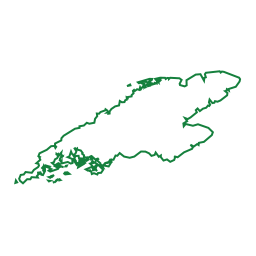 the district of Small Malaita, Malaita, Solomon Islands, rotated 275°
{"feature_id": "97153195B48441070638838", "entity_name": "Small Malaita", "entity_type": "district", "adm_level": 2, "iso_a3": "SLB", "parent_name": "Solomon Islands", "parent_adm1": "Malaita", "projection": "orthographic", "projection_center": [161.435, -9.524], "detail": "fine", "context": "isolated", "style": "outline", "palette": "green", "viewbox_px": 256, "rotation_deg": 275, "n_neighbors": 0, "source": "geoboundaries", "source_scale": "gbopen_adm2", "svg_char_len": 5600}
<svg xmlns="http://www.w3.org/2000/svg" viewBox="0 0 256 256"><g transform="rotate(275 128 128)"><path d="M192.5,214.4L189.8,200.8L188.3,199.9L185.3,201.1L184.7,199.7L181.8,199.6L187.9,195.5L187.1,190.8L180.7,182.1L175.6,182.7L174.4,180.8L175.3,176.1L176.6,175.6L180.6,177.2L182.0,174.9L181.7,165.7L180.4,164.5L181.3,164.4L181.3,162.7L180.1,161.3L181.2,160.6L180.9,155.7L179.3,150.8L178.4,151.5L178.2,154.7L178.6,154.6L179.0,155.0L179.0,155.3L178.4,154.8L178.2,156.1L177.2,155.3L177.4,153.8L176.1,154.3L177.2,152.7L174.8,152.8L175.5,149.8L174.5,151.2L173.2,147.9L175.5,148.3L173.3,147.6L172.7,146.3L174.1,147.1L175.0,146.3L173.1,145.2L172.0,146.0L171.4,144.3L173.6,143.4L171.3,141.5L170.3,141.3L170.6,141.6L170.6,142.1L169.7,142.9L170.6,141.7L170.0,141.3L170.0,139.4L170.9,139.3L167.8,137.5L169.6,136.5L166.9,136.0L167.4,133.7L165.5,131.6L166.5,130.7L165.4,129.7L163.0,130.5L161.2,128.8L159.8,128.8L158.8,125.0L158.0,125.1L158.5,124.0L156.2,124.4L155.4,122.8L153.5,122.2L153.1,119.7L154.2,117.5L149.7,117.1L148.4,113.3L145.5,109.8L142.8,108.2L140.8,108.4L140.5,107.2L141.8,107.3L141.5,105.7L142.4,106.6L143.5,106.0L144.7,104.0L143.6,103.8L141.5,99.2L139.7,97.9L139.7,95.7L137.1,96.3L134.3,94.4L130.3,94.0L128.9,89.1L129.6,86.5L126.6,83.8L125.5,79.5L123.9,79.7L122.7,75.3L114.7,64.6L112.0,62.6L109.8,62.6L106.2,56.7L104.3,56.8L103.0,58.1L101.8,57.4L103.7,56.4L103.2,53.0L99.2,49.0L95.1,42.1L92.1,41.2L91.4,42.8L90.7,42.3L88.7,43.4L84.9,39.8L84.5,41.9L82.8,42.6L81.2,41.8L78.1,37.9L75.0,36.1L75.2,29.8L72.6,28.2L71.9,25.2L68.0,24.0L66.0,25.0L63.8,28.2L68.2,32.0L68.4,35.2L70.6,36.2L70.8,42.5L72.3,41.5L73.8,42.7L75.7,42.3L76.1,44.1L74.6,43.9L75.1,45.5L73.9,45.8L73.7,47.4L77.0,48.7L76.8,47.5L77.9,49.0L79.4,48.9L78.9,47.6L81.3,48.6L80.9,47.8L82.1,47.3L79.8,47.0L80.7,45.9L82.4,47.1L82.7,48.8L83.6,48.9L82.8,52.9L81.8,51.4L81.2,53.8L80.0,53.5L80.6,54.3L80.4,55.0L78.6,52.7L77.8,54.3L81.2,61.9L82.7,62.4L83.8,64.7L83.3,67.2L84.5,63.4L82.3,61.5L83.0,61.6L82.6,60.8L83.5,58.8L85.4,63.2L86.2,63.1L86.9,61.7L84.5,58.4L86.6,55.3L87.4,57.1L90.4,58.0L91.7,60.0L94.2,61.2L94.3,60.4L94.9,60.3L95.5,59.0L96.1,59.0L95.3,60.3L96.1,60.8L95.0,61.7L97.7,63.7L96.1,63.5L94.2,65.5L91.9,63.0L90.0,62.8L89.7,63.9L88.0,63.9L89.5,64.7L86.9,64.9L88.9,71.0L87.6,74.0L88.2,75.7L92.3,75.2L93.7,70.5L94.6,72.1L99.6,73.3L97.3,74.5L96.4,76.3L97.9,77.9L100.3,78.6L102.9,76.6L103.2,77.0L102.1,77.8L103.2,79.1L102.0,79.4L101.5,82.9L99.2,85.0L98.3,84.6L97.0,86.6L95.1,86.6L95.0,90.9L96.9,93.9L96.4,94.9L95.2,94.4L95.3,96.3L93.8,98.1L94.9,100.6L94.4,101.1L93.1,99.9L90.4,103.6L89.0,103.5L88.5,106.5L91.1,108.3L92.5,111.8L94.9,113.0L95.1,116.3L99.5,118.0L99.4,119.8L102.3,121.9L99.2,126.6L98.5,132.3L100.1,136.8L105.7,143.0L106.0,147.4L104.6,151.2L102.3,153.8L103.5,156.9L106.0,157.7L102.0,161.2L103.5,163.1L101.9,163.2L98.7,166.2L100.1,169.6L98.0,173.0L100.2,176.8L103.0,177.5L103.8,176.5L103.2,180.0L108.7,186.0L112.8,193.6L114.4,194.3L116.8,191.7L115.3,195.2L118.0,198.3L117.2,199.8L119.4,199.9L120.8,204.8L128.2,212.1L131.2,212.9L135.1,208.1L137.8,197.4L135.9,192.5L137.0,185.1L134.6,183.4L137.4,182.8L139.9,186.3L142.9,183.9L142.1,186.7L144.0,189.4L149.6,195.2L151.7,194.0L153.5,195.6L151.1,198.1L153.8,201.0L155.0,204.1L157.4,205.8L157.0,207.0L158.4,207.8L160.6,206.4L163.5,206.8L160.2,209.9L160.7,211.8L162.3,212.3L162.0,214.9L163.5,217.7L169.2,223.9L171.6,224.0L173.2,221.6L173.6,222.8L175.3,223.1L174.1,225.2L175.6,224.8L178.5,231.8L184.1,235.1L186.4,235.4L187.8,234.3L192.3,218.6L192.4,216.6L191.3,215.5L192.5,214.4ZM88.6,101.7L87.2,99.9L84.6,99.3L82.3,100.8L84.7,98.3L83.0,97.7L82.9,96.7L84.2,97.0L86.0,95.1L83.1,89.5L82.0,91.8L82.6,93.9L82.0,94.4L81.9,93.0L81.4,95.2L79.0,96.0L80.0,98.0L79.0,101.5L80.6,102.1L81.0,105.1L84.2,106.9L88.6,101.7ZM96.0,81.2L95.2,76.5L93.7,77.7L92.3,76.4L91.6,78.2L89.8,79.1L89.4,78.1L88.5,80.1L88.0,79.2L86.9,80.1L88.7,81.3L89.1,82.9L87.8,81.3L87.5,83.5L89.4,83.8L89.6,82.7L90.5,84.6L90.5,85.8L88.9,87.5L89.5,88.4L92.3,85.7L92.0,82.8L90.2,82.3L92.2,82.4L92.8,83.4L93.5,81.8L96.0,81.2ZM179.0,147.8L178.8,145.1L174.4,133.9L173.6,134.9L175.9,140.8L175.1,144.2L177.7,145.9L177.1,146.6L177.9,147.5L179.0,147.8ZM90.6,98.3L89.2,93.4L85.5,97.5L89.4,100.4L90.6,98.3ZM92.2,114.2L92.2,112.6L91.2,110.2L91.2,108.8L88.5,107.3L88.0,112.1L92.2,114.2ZM90.4,84.8L87.6,84.0L87.1,83.2L87.5,82.0L84.4,81.7L88.2,87.0L90.4,84.8ZM78.6,71.6L78.2,69.1L77.0,68.4L76.3,69.5L77.2,73.7L78.6,71.6ZM94.8,90.2L91.9,88.8L91.6,89.4L93.2,91.5L94.8,90.2ZM95.0,113.7L94.5,112.9L92.4,112.3L92.8,114.5L95.0,113.7ZM90.9,97.2L92.0,95.5L90.1,94.5L90.9,97.2ZM64.2,22.3L66.0,20.9L63.5,20.6L64.2,22.3ZM74.6,58.4L73.3,55.4L72.8,55.3L72.4,56.3L74.6,58.4ZM94.4,96.0L94.3,93.6L93.4,94.0L94.4,96.0ZM87.6,105.9L87.6,104.3L86.7,106.5L87.6,105.9ZM71.1,63.1L70.0,61.3L68.8,60.6L68.5,60.7L71.1,63.1ZM68.5,55.0L68.6,53.2L67.9,53.9L68.5,55.0ZM171.5,126.3L169.7,123.4L170.7,126.7L171.5,126.3ZM71.4,65.1L70.8,63.8L69.8,64.1L70.2,65.2L70.7,64.3L71.4,65.1ZM72.6,54.8L72.2,53.5L71.7,54.6L72.6,54.8ZM94.1,100.4L93.5,99.2L92.6,99.0L94.1,100.4ZM93.0,87.4L92.0,87.3L92.2,88.7L92.7,88.8L93.0,87.4ZM85.2,70.4L84.9,69.4L84.3,69.1L84.4,70.1L85.2,70.4ZM83.2,60.8L83.4,59.3L83.0,60.2L83.2,60.8ZM173.6,139.1L173.4,138.6L173.0,139.7L173.6,139.1ZM90.9,78.1L91.1,77.1L90.5,77.7L90.9,78.1ZM94.2,64.8L94.0,64.1L93.8,64.5L94.2,64.8ZM67.8,59.7L67.6,58.7L67.4,58.8L67.8,59.7ZM93.6,85.4L93.6,84.6L93.2,85.1L93.6,85.4ZM82.5,49.4L82.6,48.7L82.1,48.8L82.5,49.4ZM83.5,61.2L84.2,60.8L83.7,60.7L83.5,61.2ZM173.3,140.4L173.0,140.0L172.7,140.3L173.3,140.4ZM81.9,48.6L82.1,47.9L81.9,48.6ZM83.2,62.1L83.3,61.4L83.2,61.4L83.2,62.1Z" fill="none" stroke="#15803d" stroke-width="2"/></g></svg>